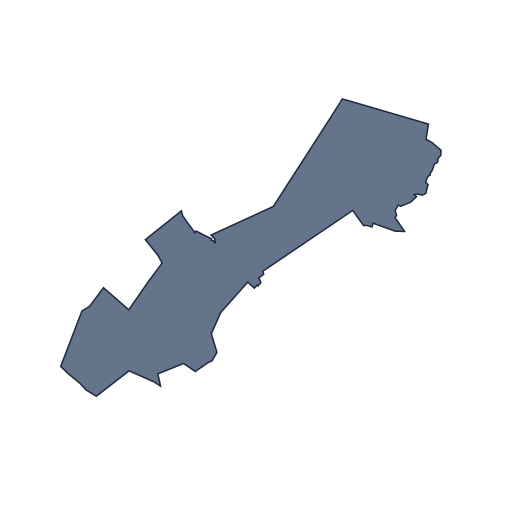 Huépac, Sonora, Mexico (Albers equal-area conic projection), rotated 130°
{"feature_id": "50627088B93496185118848", "entity_name": "Huépac", "entity_type": "district", "adm_level": 2, "iso_a3": "MEX", "parent_name": "Mexico", "parent_adm1": "Sonora", "projection": "albers", "projection_center": [-110.289, 29.939], "detail": "fine", "context": "isolated", "style": "filled", "palette": "slate", "viewbox_px": 512, "rotation_deg": 130, "n_neighbors": 0, "source": "geoboundaries", "source_scale": "gbopen_adm2", "svg_char_len": 2368}
<svg xmlns="http://www.w3.org/2000/svg" viewBox="0 0 512 512"><g transform="rotate(130 256 256)"><path d="M84.3,290.2L94.6,288.9L97.0,288.5L206.9,274.6L267.4,303.2L268.9,303.8L269.3,298.5L270.1,298.2L270.5,297.8L270.8,297.6L271.1,297.1L271.3,296.5L271.6,295.9L271.7,295.7L272.2,295.7L272.2,296.2L271.9,297.0L271.9,297.5L272.0,298.3L272.1,298.8L272.4,299.4L272.7,299.8L272.7,300.2L272.6,300.5L271.4,300.8L275.4,318.0L277.6,317.9L277.3,318.4L277.2,318.6L277.1,319.0L277.0,319.3L276.9,319.7L276.8,320.1L276.7,320.7L276.6,321.1L276.4,321.7L276.3,322.1L276.3,322.5L276.1,323.0L276.0,323.5L275.8,324.6L275.6,325.0L275.6,325.3L275.5,325.6L275.4,326.3L275.2,326.8L275.1,327.2L274.8,328.6L274.6,329.6L274.1,331.2L273.9,332.3L272.9,335.7L272.4,337.9L271.4,339.3L269.4,342.2L270.9,342.5L271.1,342.5L271.5,342.6L314.6,351.3L318.2,333.2L318.5,331.6L321.8,323.4L343.8,322.1L379.0,318.9L378.3,352.5L401.4,351.1L410.0,354.0L466.2,334.6L466.9,323.3L466.7,308.6L467.9,300.2L467.8,299.7L466.1,288.2L425.6,279.4L418.0,253.0L417.0,245.5L409.4,255.4L385.8,242.9L384.9,242.2L383.5,228.3L368.6,224.2L364.5,222.3L354.9,224.0L344.3,240.2L322.1,246.7L295.3,245.9L294.8,245.9L293.1,245.8L290.0,245.8L288.5,245.7L287.2,245.7L285.1,245.6L283.3,245.5L283.2,245.5L281.5,245.5L281.1,245.5L281.4,243.5L281.5,241.5L281.5,240.8L281.6,238.5L281.7,236.6L280.3,236.5L278.9,236.5L277.8,236.5L277.8,236.4L277.7,235.2L274.3,235.1L273.4,235.1L272.3,236.7L271.1,239.7L269.1,239.3L265.0,238.4L263.3,241.0L158.9,211.2L163.6,193.1L161.3,190.7L159.3,185.8L155.6,187.3L147.5,165.3L143.5,160.2L141.7,158.0L137.1,174.3L134.7,174.3L131.6,178.7L125.5,179.7L124.8,177.1L115.5,172.2L107.3,171.1L107.4,174.1L106.0,173.5L104.9,172.2L102.6,167.8L98.9,166.1L90.6,170.2L90.7,173.3L89.9,173.5L88.9,174.1L88.5,174.3L87.9,174.5L87.3,174.7L86.6,174.8L86.3,174.9L85.9,175.0L85.7,175.2L85.4,175.3L84.9,175.3L84.5,175.3L83.6,175.2L82.9,174.8L82.2,174.6L81.5,174.7L81.1,175.3L80.6,175.6L79.9,175.9L79.1,175.8L78.5,175.7L75.8,176.6L73.8,177.2L73.1,177.8L71.9,178.1L70.9,178.3L70.3,178.2L69.8,178.2L69.4,177.9L68.9,177.5L68.3,177.3L67.7,177.3L67.0,177.5L66.5,177.6L66.1,177.8L65.9,178.0L65.6,178.6L65.2,178.8L64.8,179.0L64.1,179.2L63.3,179.2L62.9,179.2L62.3,179.3L60.0,179.1L56.1,182.2L56.0,194.7L56.7,198.1L57.2,200.3L57.3,200.8L44.1,208.7L72.1,272.5L80.2,290.9L84.3,290.2Z" fill="#64748b" stroke="#1e293b" stroke-width="1.5"/></g></svg>